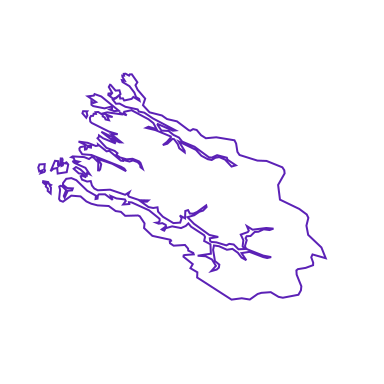 the border of Sogn og Fjordane, rotated 26°
{"feature_id": "NOR-915", "entity_name": "Sogn og Fjordane", "entity_type": "County", "adm_level": 1, "iso_a3": "NOR", "parent_name": "Norway", "parent_adm1": "", "projection": "robinson", "projection_center": [5.843, 61.458], "detail": "fine", "context": "isolated", "style": "outline", "palette": "violet", "viewbox_px": 384, "rotation_deg": 26, "n_neighbors": 0, "source": "natural_earth", "source_scale": "10m", "svg_char_len": 5939}
<svg xmlns="http://www.w3.org/2000/svg" viewBox="0 0 384 384"><g transform="rotate(26 192 192)"><path d="M80.3,257.3L77.2,257.6L75.6,256.5L72.5,247.9L70.3,245.3L71.0,244.1L72.8,243.8L78.1,245.5L78.5,251.8L80.0,253.0L79.8,245.3L83.5,243.1L83.3,241.0L78.2,243.2L72.8,242.1L72.2,240.4L73.2,235.3L77.5,232.4L82.9,232.1L97.3,236.8L107.3,237.4L108.4,240.6L110.0,239.4L108.9,236.3L109.4,234.9L114.9,232.2L124.1,233.9L120.7,231.2L126.9,230.9L135.0,228.1L136.4,229.1L135.6,233.4L140.9,230.3L139.8,228.8L142.4,227.8L161.5,227.3L174.6,230.3L175.6,232.1L175.2,234.0L173.3,235.3L175.9,235.1L179.0,233.0L182.8,233.1L183.7,234.3L181.2,238.9L182.6,239.0L184.0,238.9L184.1,236.2L189.2,231.6L198.0,229.2L201.3,225.2L202.5,221.8L206.4,223.6L221.8,225.5L223.4,226.7L224.4,230.7L231.5,230.9L236.0,239.2L225.0,246.8L232.4,243.8L239.5,243.9L245.9,247.9L244.0,254.7L248.2,250.9L249.3,248.2L248.4,245.3L242.9,244.0L236.3,234.7L235.2,230.4L240.0,228.9L248.7,228.6L253.3,225.4L259.9,226.5L265.2,229.2L270.7,229.5L263.3,225.2L269.9,220.6L284.5,219.3L288.5,218.4L291.7,215.8L284.0,217.9L266.7,219.3L264.3,218.6L263.2,216.9L262.3,211.3L260.4,210.0L260.5,207.8L263.9,205.9L265.9,200.4L269.1,198.6L272.8,194.1L278.4,192.2L281.3,189.2L274.5,191.8L263.0,199.3L256.3,198.6L260.0,201.9L259.7,203.6L254.5,208.9L259.3,212.8L261.3,218.6L264.4,220.1L258.9,223.1L252.5,220.9L248.2,222.3L246.3,224.9L235.9,226.6L231.3,228.4L229.8,228.1L228.3,225.8L235.3,220.9L226.4,223.0L207.7,219.7L199.0,216.6L204.2,211.9L207.3,206.5L210.1,203.9L211.7,199.1L210.6,197.8L205.4,207.6L202.6,210.9L199.5,212.3L196.4,210.0L194.3,212.0L197.3,218.7L191.4,218.4L194.1,220.0L194.8,224.7L188.9,228.1L176.6,227.0L170.1,224.5L167.7,220.9L164.1,223.4L159.5,224.6L150.3,223.0L155.8,220.4L156.5,218.7L148.7,222.3L137.5,223.8L135.8,222.8L135.8,219.5L133.1,223.8L117.4,225.8L106.5,231.8L102.6,231.7L99.2,230.0L96.2,226.6L93.1,228.6L87.7,229.1L85.0,226.6L85.8,225.5L90.5,225.2L85.1,223.8L82.1,224.9L75.5,223.0L76.8,220.4L81.6,220.6L90.1,223.0L89.4,220.9L92.3,220.9L85.6,217.0L73.6,217.4L71.0,216.6L76.2,215.6L77.2,214.3L73.0,215.3L70.6,213.2L68.3,213.6L69.1,212.3L79.8,207.9L85.0,207.5L86.5,204.5L88.4,204.2L94.8,206.4L98.1,213.7L99.2,213.3L99.5,211.9L98.2,206.8L92.9,203.6L107.9,201.6L123.6,202.2L120.9,200.7L117.2,200.4L85.4,202.8L76.8,206.2L72.6,203.7L71.7,202.2L72.0,200.6L75.7,197.8L77.2,200.8L78.4,199.9L78.4,197.1L81.7,196.4L81.2,194.9L77.9,196.3L67.9,196.4L76.8,193.5L85.4,192.8L87.4,191.3L86.8,190.5L97.4,192.9L99.6,191.3L114.3,195.0L116.3,194.3L115.8,193.5L122.5,192.0L125.1,189.5L130.1,189.0L133.3,190.2L134.8,192.3L137.5,192.8L132.9,188.4L130.9,187.7L124.0,188.2L118.9,191.3L112.1,192.5L107.7,191.8L108.0,189.8L104.5,189.0L95.7,189.8L83.5,185.1L84.1,183.4L83.6,181.9L88.6,182.7L101.3,181.9L101.3,181.2L84.1,177.6L99.6,177.6L97.4,179.0L104.9,179.2L106.9,178.3L94.2,175.5L99.9,172.6L90.8,174.1L71.6,173.9L69.7,173.3L67.7,170.1L67.9,167.9L69.7,166.9L69.3,164.8L71.4,163.9L70.2,162.6L72.6,161.2L78.0,161.8L78.6,163.2L80.8,163.2L82.5,164.7L85.9,163.9L82.5,161.1L87.8,159.4L77.6,160.3L80.8,157.6L94.3,153.2L93.1,152.4L99.7,151.7L96.0,150.7L95.9,149.6L101.8,145.0L121.0,145.7L127.1,147.0L132.6,151.0L124.3,152.4L122.6,154.5L132.0,152.4L148.6,151.4L149.1,152.2L147.5,158.0L145.2,162.6L148.7,159.4L151.2,152.8L152.8,152.4L158.2,155.2L161.4,158.3L168.1,159.6L167.3,158.2L158.1,152.4L177.0,152.4L184.5,155.3L191.8,155.6L195.7,154.6L198.0,151.0L201.2,148.7L207.5,148.4L216.4,151.8L219.7,148.8L209.7,147.4L208.3,145.9L198.4,147.9L194.7,152.4L192.0,153.4L174.4,150.2L161.1,151.0L156.4,148.8L150.3,148.8L144.2,147.4L137.6,150.2L131.5,146.7L131.5,145.9L148.0,145.3L150.3,143.8L124.7,143.0L114.3,141.6L108.9,143.0L107.0,141.6L94.8,144.6L88.1,144.3L85.0,146.0L80.4,143.8L82.6,141.0L83.8,138.1L85.1,137.6L86.5,139.5L88.8,138.1L90.9,139.5L96.9,134.8L97.6,132.3L104.9,133.0L103.7,131.5L100.1,131.2L96.6,127.9L89.4,124.3L81.4,123.6L80.0,122.2L82.8,121.5L79.1,119.1L78.3,117.9L80.0,117.2L78.9,115.7L80.4,114.8L84.4,115.0L84.5,113.6L86.3,112.6L94.8,117.3L94.4,120.8L98.2,123.9L109.0,128.6L109.9,135.5L118.9,139.0L131.4,136.4L137.5,137.4L147.5,135.1L162.0,137.9L163.6,137.7L165.4,135.0L169.0,134.2L175.3,137.0L180.9,137.6L189.8,132.2L207.5,126.9L210.4,129.1L215.2,136.0L218.5,137.9L237.0,135.1L245.4,131.4L262.4,130.2L265.4,132.0L267.1,134.7L266.3,147.9L274.4,160.3L295.8,160.2L305.0,161.9L307.9,164.2L309.6,172.1L315.2,179.6L332.6,185.1L341.2,192.9L327.7,195.3L327.8,198.4L331.9,202.4L332.9,204.7L327.4,210.4L321.0,214.9L320.2,216.7L322.3,220.4L331.6,228.8L333.0,232.6L332.7,237.7L320.0,247.2L315.8,248.3L306.7,247.5L298.6,252.2L295.7,254.9L291.1,263.3L283.3,265.7L274.7,271.4L234.1,266.6L232.0,261.8L224.0,261.2L224.3,256.5L212.7,253.9L212.3,252.6L213.3,251.7L220.9,247.3L219.8,246.2L214.3,246.3L213.3,244.6L208.9,242.7L199.0,248.3L194.7,247.7L193.8,246.4L194.6,245.0L193.6,244.4L175.6,248.8L164.7,245.4L163.1,241.0L155.7,236.7L153.7,236.8L142.4,242.7L136.8,241.0L131.7,242.6L123.3,241.1L113.0,245.4L106.6,246.7L101.2,246.8L93.8,244.8L85.1,248.2L80.3,257.3ZM61.5,146.7L68.6,145.9L90.4,151.0L86.7,153.4L82.0,153.9L83.6,152.2L82.6,150.2L76.7,155.2L65.5,158.1L63.4,157.7L61.9,154.7L64.3,155.3L66.4,153.2L56.4,151.7L61.5,148.4L61.5,146.7ZM68.7,221.5L70.7,229.1L63.2,234.3L60.3,229.5L57.2,232.0L55.8,235.3L55.2,224.0L58.1,223.0L59.8,226.6L60.7,227.4L61.5,225.8L59.3,219.4L60.7,218.8L61.6,219.7L63.4,225.7L64.2,224.8L63.8,222.3L66.6,221.5L65.4,220.1L68.7,221.5ZM82.2,132.4L84.8,135.3L82.4,140.5L80.1,142.7L74.2,141.5L73.8,140.1L75.4,139.1L76.4,140.1L76.9,138.0L71.2,134.1L71.3,131.5L71.9,131.4L78.9,134.4L82.2,132.4ZM49.1,235.9L50.6,237.3L50.5,238.7L47.8,241.4L48.0,238.1L45.7,240.5L43.1,237.4L42.8,234.1L47.4,231.5L49.1,235.9ZM63.3,249.9L65.6,255.3L61.8,254.3L60.9,252.0L58.2,251.2L57.5,248.5L56.2,249.4L53.9,248.8L53.5,247.5L58.4,246.1L59.0,246.6L57.4,247.5L62.2,247.5L61.5,248.8L63.3,249.9ZM59.0,169.3L58.7,167.1L62.5,165.4L62.3,166.5L64.4,169.1L64.4,171.6L59.0,169.3Z" fill="none" stroke="#5b21b6" stroke-width="2"/></g></svg>